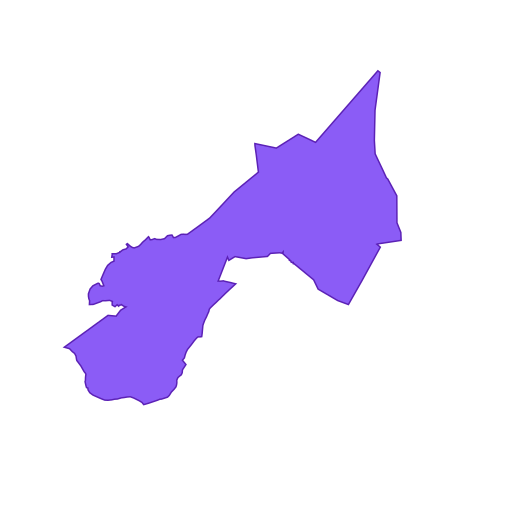 San Juan Yucuita, Oaxaca, Mexico, rotated 228°
{"feature_id": "50627088B89370206265788", "entity_name": "San Juan Yucuita", "entity_type": "district", "adm_level": 2, "iso_a3": "MEX", "parent_name": "Mexico", "parent_adm1": "Oaxaca", "projection": "equal_earth", "projection_center": [-97.266, 17.522], "detail": "fine", "context": "isolated", "style": "filled", "palette": "violet", "viewbox_px": 512, "rotation_deg": 228, "n_neighbors": 0, "source": "geoboundaries", "source_scale": "gbopen_adm2", "svg_char_len": 2972}
<svg xmlns="http://www.w3.org/2000/svg" viewBox="0 0 512 512"><g transform="rotate(228 256 256)"><path d="M318.0,219.9L318.0,219.5L319.7,217.6L320.7,216.7L322.2,214.8L322.8,212.2L323.7,208.5L324.9,207.0L326.3,207.3L327.8,207.6L329.0,206.0L330.3,203.8L330.1,199.6L332.0,196.2L334.9,193.2L336.7,192.3L337.8,189.6L338.8,188.2L341.5,189.0L342.3,189.0L342.0,184.3L342.1,182.8L342.1,180.7L341.8,178.5L341.7,176.1L341.9,174.8L343.5,170.9L344.9,169.9L347.1,169.2L351.3,168.7L351.4,167.5L348.3,167.1L348.2,164.1L349.6,161.4L349.8,160.0L349.8,158.9L350.3,157.7L349.8,157.3L350.4,155.8L351.1,153.8L353.9,150.6L353.4,150.2L351.6,148.0L350.3,149.8L347.2,147.0L348.2,144.0L348.2,143.5L348.3,139.5L347.0,135.3L344.7,130.2L342.3,125.1L340.2,124.7L335.7,123.0L336.4,121.5L338.1,120.3L340.4,121.0L341.2,120.7L341.6,120.1L342.6,116.4L343.0,114.8L342.5,110.7L340.0,106.1L338.0,104.4L336.1,103.2L334.1,102.4L331.4,99.7L328.9,102.7L328.1,104.7L326.0,109.9L325.5,112.0L323.4,114.3L321.0,117.5L318.6,118.8L318.1,118.7L318.1,118.4L315.8,116.3L312.7,117.3L312.7,120.2L311.7,120.2L310.6,120.4L311.0,121.2L309.8,123.2L309.9,123.4L307.0,124.2L305.2,125.3L306.3,119.1L305.1,112.7L304.9,111.8L310.9,106.3L316.5,52.5L311.9,55.4L308.0,55.5L305.0,56.0L302.1,55.3L299.5,53.6L298.2,52.9L291.5,52.3L289.3,51.8L285.1,50.9L283.0,50.8L282.0,50.5L279.9,48.1L277.7,46.0L277.0,44.9L275.3,43.9L273.3,42.8L271.6,42.0L270.4,42.7L268.9,41.6L265.6,41.0L261.7,41.8L253.2,45.6L250.1,47.2L247.9,49.4L245.6,52.6L244.2,55.1L242.4,57.4L240.7,61.0L239.0,63.4L237.5,65.8L235.5,68.4L232.3,70.1L226.5,72.4L223.4,73.3L220.7,73.1L218.5,77.6L214.7,86.4L213.9,88.7L212.9,90.0L210.3,95.8L210.4,98.2L211.5,102.0L211.8,106.0L212.3,108.9L213.3,110.6L214.7,112.3L216.8,114.1L217.9,116.6L217.9,118.6L217.7,121.0L218.6,123.0L220.6,125.2L222.2,131.3L227.8,131.6L228.2,134.6L229.8,137.0L231.2,139.5L232.4,142.6L233.3,148.3L234.3,153.3L234.7,156.2L234.8,158.2L234.4,159.2L233.7,159.9L232.9,160.9L232.4,161.7L234.6,164.3L239.9,170.0L240.8,171.5L242.7,175.2L243.9,178.4L245.0,180.7L246.3,183.7L247.7,185.7L248.0,187.2L248.2,192.2L248.2,195.1L248.4,199.1L248.3,200.0L248.5,203.6L248.7,208.6L248.8,213.5L248.9,222.3L250.9,220.9L253.2,219.4L255.4,217.8L258.5,215.6L259.3,215.2L261.0,212.8L262.7,211.1L274.3,234.1L270.9,232.9L269.6,240.0L260.6,246.9L257.4,251.7L248.0,264.2L248.3,268.5L242.6,275.7L240.7,277.2L240.9,278.9L240.7,278.7L239.7,277.5L230.8,278.5L230.7,278.0L230.3,278.0L229.0,278.6L228.4,278.2L227.7,278.0L226.3,279.4L225.5,278.5L225.2,278.6L225.1,279.1L199.7,282.9L189.8,280.0L168.2,286.9L158.1,292.2L166.8,318.3L179.4,354.3L183.9,353.7L183.6,354.5L170.5,374.3L176.6,379.4L186.4,383.0L206.5,400.9L225.0,405.4L226.8,405.2L232.9,407.1L234.5,407.6L247.6,411.5L251.5,412.7L252.2,412.9L262.7,421.3L284.7,442.0L309.3,471.0L312.1,470.5L300.6,376.3L318.2,368.9L322.6,343.3L340.3,330.4L338.6,329.0L331.0,323.9L316.7,313.9L318.2,282.7L315.6,252.4L315.2,247.0L316.2,236.7L318.0,219.9Z" fill="#8b5cf6" stroke="#5b21b6" stroke-width="1.5"/></g></svg>